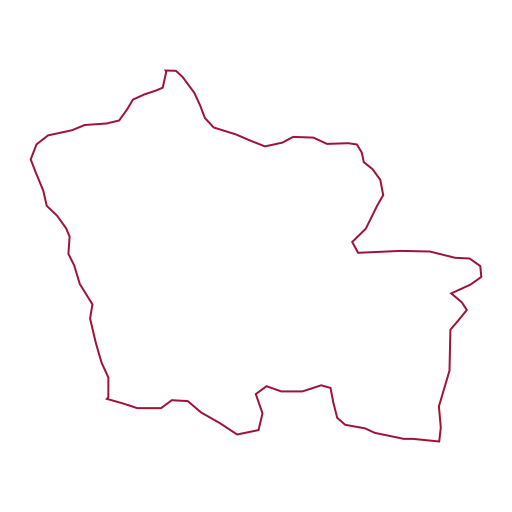 outline of Årjäng, Värmland, Sweden
{"feature_id": "70781695B60576309350500", "entity_name": "Årjäng", "entity_type": "district", "adm_level": 2, "iso_a3": "SWE", "parent_name": "Sweden", "parent_adm1": "Värmland", "projection": "natural_earth1", "projection_center": [12.122, 59.449], "detail": "fine", "context": "isolated", "style": "outline", "palette": "rose", "viewbox_px": 512, "rotation_deg": 0, "n_neighbors": 0, "source": "geoboundaries", "source_scale": "gbopen_adm2", "svg_char_len": 1265}
<svg xmlns="http://www.w3.org/2000/svg" viewBox="0 0 512 512"><path d="M439.2,441.5L440.8,427.5L438.9,406.4L449.5,370.6L450.4,329.7L459.1,319.5L466.8,310.0L461.9,302.4L451.2,293.4L470.6,284.5L476.0,280.7L481.3,276.9L480.3,266.1L469.6,258.5L455.1,257.8L429.8,251.5L400.7,250.9L358.1,252.8L352.2,242.0L365.8,228.7L377.4,205.2L383.2,195.1L380.3,179.9L372.5,169.1L363.8,162.2L361.8,152.7L358.1,146.4L357.0,144.5L348.3,143.2L327.0,143.9L313.4,137.6L293.1,136.9L282.4,142.6L265.0,146.4L250.5,140.7L235.9,134.4L213.7,127.5L204.9,118.0L200.1,105.4L194.3,92.8L182.7,77.1L175.9,70.8L165.6,70.5L166.2,72.0L162.7,87.7L155.8,90.6L144.4,94.4L132.9,99.6L127.2,109.3L119.1,120.5L106.5,123.5L84.7,125.0L72.1,130.2L48.0,135.4L36.5,144.4L30.7,159.4L35.3,171.3L43.3,190.8L46.7,205.8L57.0,215.6L66.1,228.3L69.6,236.6L68.4,253.9L74.1,265.2L79.8,284.0L92.4,304.3L90.1,318.6L95.8,342.8L101.5,362.5L108.4,377.6L108.3,397.3L106.9,398.9L121.1,402.9L121.6,403.0L137.1,408.1L161.1,408.1L171.8,400.2L187.8,401.1L201.1,412.5L219.8,423.1L237.1,434.5L258.5,430.1L262.5,413.4L255.8,394.1L266.5,386.2L281.2,391.4L302.5,391.4L321.2,385.3L330.5,387.9L333.2,402.0L337.2,417.8L345.2,424.8L365.2,428.4L374.6,432.8L403.9,438.9L413.3,438.9L439.2,441.5Z" fill="none" stroke="#9f1239" stroke-width="2"/></svg>